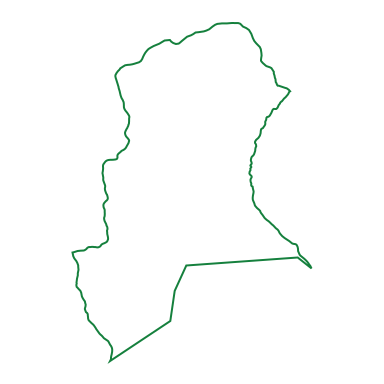 Dekiling, Geylegphug, Bhutan
{"feature_id": "84629894B28878505567361", "entity_name": "Dekiling", "entity_type": "district", "adm_level": 2, "iso_a3": "BTN", "parent_name": "Bhutan", "parent_adm1": "Geylegphug", "projection": "robinson", "projection_center": [90.344, 26.935], "detail": "fine", "context": "isolated", "style": "outline", "palette": "green", "viewbox_px": 384, "rotation_deg": 0, "n_neighbors": 0, "source": "geoboundaries", "source_scale": "gbopen_adm2", "svg_char_len": 5946}
<svg xmlns="http://www.w3.org/2000/svg" viewBox="0 0 384 384"><path d="M290.1,91.3L288.8,89.8L286.7,88.3L285.2,87.9L278.7,85.7L277.7,85.7L276.9,84.6L276.6,83.4L275.8,82.2L275.6,80.6L275.5,79.2L274.9,77.8L274.5,75.6L273.8,73.5L273.8,71.8L271.4,68.1L269.9,67.3L266.4,66.1L265.1,65.1L264.5,64.5L263.2,63.4L262.6,62.8L262.0,62.1L261.4,61.4L261.0,60.7L261.0,59.8L261.2,58.0L261.6,55.6L261.4,53.0L260.8,49.2L259.8,47.0L256.2,43.3L254.3,41.0L252.9,38.2L251.3,33.8L249.0,30.0L246.3,28.1L243.0,26.6L240.3,23.8L238.4,23.1L231.9,23.0L226.9,23.4L222.0,23.4L217.3,23.9L215.1,24.8L212.5,26.6L209.2,29.3L206.3,30.6L203.8,31.4L198.5,32.2L195.5,32.5L193.4,34.0L191.0,35.3L187.1,36.7L182.2,40.7L179.9,42.7L178.7,43.6L175.9,44.0L173.2,43.0L171.2,41.6L169.9,40.0L164.6,40.5L161.9,42.1L159.3,43.7L153.7,46.0L150.6,47.7L148.5,49.0L146.9,50.7L145.4,52.6L144.2,54.6L143.1,56.8L142.2,59.0L140.9,61.0L139.0,62.3L136.7,63.0L134.5,63.7L132.3,64.3L130.0,64.7L127.5,64.9L125.1,65.3L123.3,66.4L120.2,68.4L119.6,69.5L117.9,71.2L116.5,73.1L115.4,75.2L115.4,76.6L115.6,77.4L115.8,78.3L116.1,79.1L117.7,84.2L118.2,85.9L118.5,86.8L118.6,87.6L118.8,88.5L119.6,91.0L119.8,91.9L120.0,92.8L120.4,94.5L120.6,95.4L120.9,96.2L121.2,97.1L121.5,97.9L121.9,98.7L122.4,99.4L122.8,100.2L123.1,101.0L123.5,101.8L123.7,102.7L123.8,103.6L123.9,106.2L123.9,107.1L124.1,108.0L124.4,108.8L124.8,109.6L125.3,110.4L125.8,111.1L126.9,112.4L127.4,113.1L128.4,114.6L128.8,115.3L129.2,116.1L129.4,117.0L129.2,117.9L129.1,118.8L129.1,119.6L129.1,120.5L129.1,121.4L129.0,122.3L129.0,123.1L128.8,124.0L128.4,124.8L128.3,125.7L127.9,126.5L127.5,127.3L127.2,128.1L126.7,128.8L125.9,130.3L125.5,131.2L125.2,132.0L125.0,132.8L125.1,133.7L125.3,134.6L125.6,135.4L126.0,136.2L126.5,136.9L127.7,138.2L128.6,139.4L129.1,140.3L129.1,141.0L128.8,141.9L128.6,142.8L128.2,143.6L127.8,144.3L126.9,145.9L126.5,146.6L126.1,147.4L125.6,148.1L125.0,148.8L124.3,149.3L123.6,149.9L122.9,150.2L122.1,150.6L121.4,151.0L120.8,151.7L118.8,153.4L118.2,154.0L117.7,154.7L117.4,155.5L117.4,156.4L117.5,157.3L117.3,158.2L116.9,158.9L116.1,159.3L115.3,159.5L113.6,159.7L111.9,159.8L111.0,159.8L110.2,159.8L108.5,160.0L107.7,160.2L106.9,160.5L106.1,161.0L105.5,161.5L104.9,162.2L104.4,162.9L103.9,163.6L103.4,164.3L103.1,165.1L103.0,166.0L103.0,166.9L103.1,167.8L103.1,168.7L102.9,170.5L102.8,171.4L102.6,172.2L102.5,173.4L102.7,174.2L103.0,176.0L103.2,176.9L103.3,177.8L103.2,179.5L103.3,180.4L103.6,181.3L103.9,182.1L104.8,184.6L105.1,185.4L105.2,186.3L105.1,187.2L104.9,188.1L104.9,188.9L105.0,189.8L105.2,190.7L105.5,191.5L105.8,192.4L106.1,193.2L106.5,194.0L107.0,194.7L107.5,196.4L107.7,197.3L107.8,198.2L107.7,199.0L107.3,199.8L106.7,200.5L106.0,201.0L104.8,202.3L104.3,202.9L103.8,203.7L103.5,204.5L103.4,205.4L103.5,206.3L103.6,207.2L103.9,208.0L104.3,208.8L104.6,209.6L104.7,210.5L104.7,212.3L104.8,214.1L104.7,214.9L104.7,215.8L104.5,216.7L104.2,217.5L104.1,218.4L104.2,219.3L104.4,220.2L104.6,221.0L105.0,221.8L105.8,223.4L106.2,224.2L106.4,225.1L106.5,225.7L107.0,226.4L107.3,227.2L107.4,228.1L107.5,229.0L107.0,230.7L107.1,231.6L107.2,232.5L107.2,233.4L107.3,234.3L107.5,235.1L107.7,236.0L107.9,236.8L108.0,237.7L108.1,238.6L108.0,239.5L107.6,240.3L107.3,241.1L106.8,241.8L106.1,242.3L105.3,242.7L104.6,243.1L103.8,243.4L103.0,243.7L102.2,244.1L101.5,244.6L101.0,245.3L100.5,246.0L99.9,246.6L99.1,247.0L98.3,247.3L97.5,247.4L96.6,247.3L95.0,247.0L94.1,247.1L93.3,246.9L92.5,246.9L91.6,246.9L89.9,247.1L89.1,247.0L88.2,247.3L87.3,247.9L86.3,249.1L84.8,250.1L83.8,250.5L80.4,250.7L77.6,251.0L73.8,252.2L72.5,252.5L73.3,256.3L73.7,257.1L74.3,258.4L76.3,261.0L77.3,262.9L78.2,265.4L78.2,266.7L78.5,269.9L77.8,273.2L77.8,275.4L77.0,278.7L76.8,280.4L76.5,282.6L76.7,283.5L76.4,284.6L76.4,285.6L76.7,286.9L77.6,287.8L78.3,288.6L79.3,289.7L80.3,290.7L81.2,292.7L81.9,296.4L82.6,297.9L83.6,299.6L84.9,301.4L85.2,303.0L85.7,304.7L85.5,306.4L84.9,308.5L84.9,309.2L85.9,312.0L87.2,313.1L87.6,313.8L87.8,314.7L87.8,315.5L88.0,316.9L88.1,318.5L88.5,319.9L89.0,320.6L90.2,321.8L91.5,323.1L93.1,324.5L93.9,325.4L95.2,327.3L95.6,327.9L96.2,329.0L99.5,333.6L100.6,334.7L101.7,335.6L102.6,336.6L103.9,338.2L107.6,340.7L108.3,341.3L110.2,344.9L110.7,345.5L111.1,346.1L111.6,347.1L112.0,348.2L112.2,349.3L112.2,350.9L112.1,352.1L111.6,354.7L111.3,355.7L111.2,356.4L111.0,357.3L111.0,359.2L110.1,361.0L170.3,321.0L174.7,290.9L186.3,265.5L297.7,257.5L311.5,268.4L310.3,265.9L309.1,264.4L308.3,263.1L307.2,261.7L305.9,260.3L304.2,258.7L300.5,255.7L299.7,254.8L298.1,251.1L298.0,248.7L297.6,246.9L297.1,245.8L296.6,244.9L296.0,244.4L295.2,244.1L293.2,243.8L292.1,243.4L289.3,241.1L284.7,238.1L282.2,236.1L280.2,233.8L279.5,232.8L278.5,230.7L277.5,229.5L275.9,228.3L273.3,225.5L271.8,224.3L269.7,222.2L268.7,221.3L266.7,219.9L264.7,218.1L262.3,214.6L261.2,213.3L260.3,211.7L260.2,211.0L259.2,209.9L257.0,208.0L255.2,205.9L254.8,205.1L254.3,203.3L253.0,200.3L252.8,199.6L252.7,197.9L252.9,195.8L253.5,192.8L253.6,191.3L252.9,188.6L252.6,186.6L251.8,186.2L251.3,185.6L251.2,184.8L251.3,183.4L250.7,182.0L250.5,180.6L250.5,179.6L250.9,178.6L251.6,177.4L251.7,176.8L251.4,175.9L249.9,174.5L249.4,173.5L249.6,171.8L250.5,170.1L250.3,168.6L251.3,167.1L251.1,166.3L250.4,165.7L250.7,164.8L251.5,164.0L251.7,163.3L251.5,162.2L250.9,160.8L250.9,159.5L251.1,158.7L251.5,157.3L251.9,156.7L253.4,155.3L254.1,154.1L255.2,150.8L255.3,149.1L255.6,147.6L256.2,146.4L256.1,145.0L255.8,144.1L255.1,143.1L255.0,142.3L255.1,141.6L256.1,139.9L258.4,137.9L259.6,136.1L260.0,135.3L260.6,133.2L260.8,130.8L261.1,129.3L261.9,128.6L262.9,128.1L263.7,126.9L264.7,125.5L265.2,124.5L265.3,123.7L265.2,121.9L265.6,120.9L266.1,120.0L266.3,118.9L266.4,117.9L267.1,117.0L268.5,116.7L269.4,116.0L269.9,115.4L271.4,112.8L272.5,110.1L273.1,109.3L273.8,108.9L275.7,109.0L276.4,108.9L277.6,107.6L278.7,105.1L280.0,103.5L280.2,102.7L281.4,101.5L281.9,101.3L284.0,98.6L285.6,97.2L287.8,94.6L288.5,93.5L289.0,92.2L289.5,91.7L290.1,91.3Z" fill="none" stroke="#15803d" stroke-width="2"/></svg>